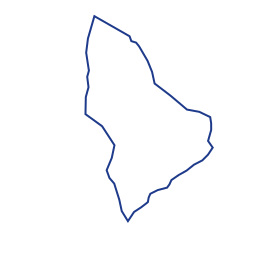 SVG path tracing the border of Buyende, rotated 29°
{"feature_id": "UGA-5593", "entity_name": "Buyende", "entity_type": "District", "adm_level": 1, "iso_a3": "UGA", "parent_name": "Uganda", "parent_adm1": "", "projection": "natural_earth1", "projection_center": [33.195, 1.209], "detail": "fine", "context": "isolated", "style": "outline", "palette": "blue", "viewbox_px": 256, "rotation_deg": 29, "n_neighbors": 0, "source": "natural_earth", "source_scale": "10m", "svg_char_len": 700}
<svg xmlns="http://www.w3.org/2000/svg" viewBox="0 0 256 256"><g transform="rotate(29 128 128)"><path d="M184.1,167.9L179.4,174.7L179.8,178.8L181.3,183.2L178.0,190.9L174.0,198.5L173.1,209.5L162.8,203.7L155.1,194.9L142.9,183.3L136.0,180.7L129.8,175.3L128.3,162.0L124.5,149.6L104.5,139.0L84.1,136.5L76.1,121.4L73.7,111.5L67.5,103.0L66.0,96.8L54.9,82.4L49.6,69.2L44.4,46.5L84.9,47.0L88.8,50.4L93.7,49.4L98.1,51.2L112.6,59.8L121.9,67.3L129.7,76.2L149.5,79.1L170.6,83.3L182.5,79.3L194.6,78.6L198.4,83.5L201.7,89.4L204.3,100.5L211.6,104.1L210.9,112.6L208.7,120.3L203.5,128.1L199.9,136.8L195.1,144.6L191.2,152.5L191.6,157.2L191.1,161.2L184.1,167.9Z" fill="none" stroke="#1e3a8a" stroke-width="2"/></g></svg>